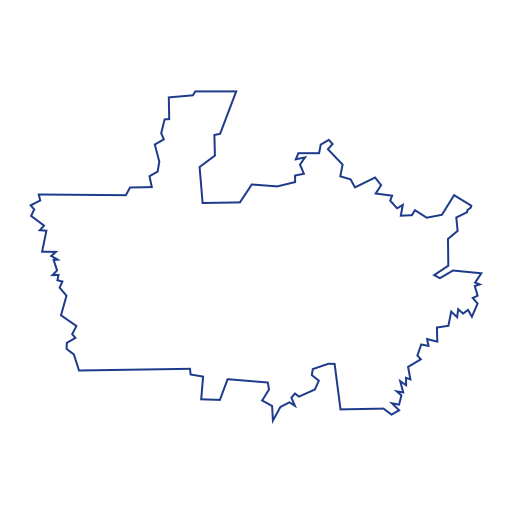 Kota Depok, Jawa Barat, Indonesia (orthographic projection)
{"feature_id": "22746128B73481124779947", "entity_name": "Kota Depok", "entity_type": "district", "adm_level": 2, "iso_a3": "IDN", "parent_name": "Indonesia", "parent_adm1": "Jawa Barat", "projection": "orthographic", "projection_center": [106.827, -6.388], "detail": "medium", "context": "isolated", "style": "outline", "palette": "blue", "viewbox_px": 512, "rotation_deg": 0, "n_neighbors": 0, "source": "geoboundaries", "source_scale": "gbopen_adm2", "svg_char_len": 1895}
<svg xmlns="http://www.w3.org/2000/svg" viewBox="0 0 512 512"><path d="M481.3,273.3L453.0,270.5L439.9,278.2L434.2,275.1L448.3,265.7L448.0,238.9L457.6,230.9L456.3,217.5L467.1,212.2L467.5,210.0L470.7,207.7L471.3,205.7L454.1,195.2L441.9,214.8L426.7,217.7L415.0,210.2L411.9,215.2L400.8,215.7L402.8,204.9L397.1,208.3L390.2,200.6L392.1,195.7L375.7,193.5L381.1,185.2L375.1,177.5L355.0,187.4L350.6,179.4L340.3,176.3L342.6,164.6L327.9,149.2L332.6,144.0L328.8,139.9L320.7,144.6L319.1,153.2L298.4,153.2L295.8,159.3L305.0,157.4L300.0,164.6L303.9,173.8L295.1,175.5L295.1,182.1L277.3,186.4L251.8,184.5L239.9,202.4L202.6,203.0L199.6,167.0L214.9,155.6L214.4,135.0L220.1,133.8L236.2,91.4L195.3,91.4L192.9,95.3L168.8,97.4L169.2,119.1L164.6,119.4L161.2,133.2L163.8,139.4L154.8,144.5L159.3,161.6L157.6,171.6L149.5,176.2L151.8,187.1L130.0,187.5L125.9,195.2L38.8,194.5L40.2,200.5L30.7,205.3L34.2,209.5L31.1,215.9L44.0,225.6L39.8,230.2L46.4,230.7L42.1,251.7L55.9,251.9L51.2,256.0L57.6,259.6L53.6,259.9L57.1,270.4L52.5,275.1L58.5,274.9L57.4,280.3L62.4,281.5L59.6,287.7L66.5,295.7L61.0,315.3L76.4,326.0L72.2,334.2L75.4,337.9L66.8,342.9L66.6,348.9L73.9,354.5L79.0,370.5L190.0,368.8L190.6,374.5L203.1,376.6L201.2,399.3L219.9,399.9L227.6,379.2L267.8,382.5L269.0,389.5L262.2,400.5L272.1,406.0L272.9,420.6L280.4,407.0L289.4,402.3L294.9,405.8L291.4,397.7L294.9,393.5L299.0,396.6L314.9,389.5L318.8,380.7L311.8,375.1L312.8,369.1L328.3,363.8L334.6,363.9L340.5,409.4L383.5,408.6L391.5,414.6L399.1,410.3L392.0,403.3L399.1,404.6L401.4,395.4L396.8,391.4L403.2,392.4L400.2,381.1L406.1,385.2L406.0,377.8L410.4,379.4L408.1,366.9L420.8,359.3L417.4,355.6L421.2,344.5L428.5,345.9L427.1,339.1L437.3,341.6L436.9,327.5L448.4,325.8L451.2,311.6L457.1,317.2L458.2,309.2L463.1,313.6L468.0,309.9L471.9,316.7L477.6,303.6L472.8,298.0L477.6,295.7L474.8,286.0L479.7,284.4L475.1,282.6L481.3,273.3Z" fill="none" stroke="#1e3a8a" stroke-width="2"/></svg>